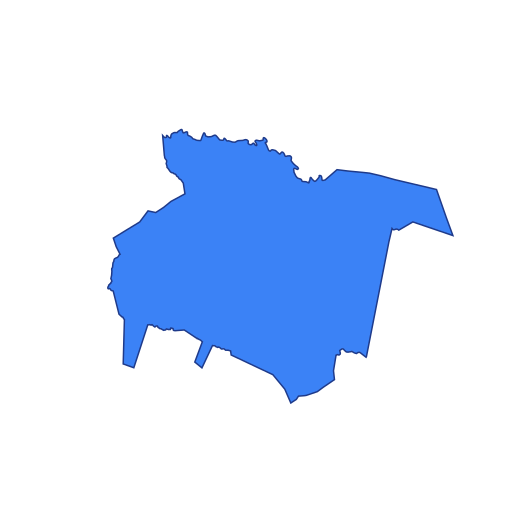 the district of Iliatenco, Guerrero, Mexico, rotated 311°
{"feature_id": "50627088B94686315759105", "entity_name": "Iliatenco", "entity_type": "district", "adm_level": 2, "iso_a3": "MEX", "parent_name": "Mexico", "parent_adm1": "Guerrero", "projection": "equal_earth", "projection_center": [-98.646, 17.051], "detail": "fine", "context": "isolated", "style": "filled", "palette": "blue", "viewbox_px": 512, "rotation_deg": 311, "n_neighbors": 0, "source": "geoboundaries", "source_scale": "gbopen_adm2", "svg_char_len": 6133}
<svg xmlns="http://www.w3.org/2000/svg" viewBox="0 0 512 512"><g transform="rotate(311 256 256)"><path d="M167.9,378.7L174.2,380.5L178.1,380.0L182.5,384.3L183.8,385.4L193.9,391.3L201.2,392.9L214.2,396.3L220.2,389.8L233.3,381.7L233.7,381.5L234.0,381.8L234.7,381.9L234.9,382.0L235.7,383.6L236.4,383.8L237.2,383.9L238.0,383.4L239.6,381.2L241.8,381.7L242.3,382.0L242.8,382.4L243.1,383.2L242.9,384.1L242.8,385.8L242.8,386.8L243.0,387.4L243.9,388.6L245.4,389.8L246.1,390.5L246.7,390.8L246.9,391.1L247.4,393.8L247.6,394.1L247.8,394.8L248.4,395.9L248.9,396.0L249.5,396.0L249.8,396.1L250.8,396.9L251.3,397.5L251.4,398.1L251.8,405.5L252.6,405.3L353.9,347.0L366.0,340.6L365.8,341.7L365.9,342.4L366.8,343.3L368.0,343.9L368.5,344.4L369.1,345.5L369.2,346.2L369.2,346.8L384.6,352.0L400.6,391.2L409.8,374.5L424.6,348.6L404.7,310.7L398.4,297.5L393.0,287.3L389.1,281.7L380.5,269.7L374.3,260.5L358.8,258.3L357.2,257.2L356.6,256.5L356.7,256.0L358.6,253.8L359.1,252.9L359.1,252.3L358.9,251.7L358.4,251.1L358.0,251.0L357.3,251.7L356.5,251.9L353.7,252.0L352.0,251.9L351.1,251.6L350.9,251.4L350.8,251.0L350.7,249.9L350.9,247.5L351.2,246.6L351.3,246.2L351.2,245.8L351.0,245.6L350.7,245.6L349.9,246.0L348.0,247.2L347.3,247.1L347.0,247.2L346.8,247.3L346.3,247.9L346.1,247.9L345.8,247.8L345.6,247.5L345.3,246.5L345.1,245.6L344.5,244.5L343.3,243.0L342.7,242.0L342.7,241.5L343.3,240.4L343.4,239.9L343.4,239.3L342.3,236.8L342.1,236.0L342.2,235.2L342.5,233.6L344.3,229.4L344.7,229.2L345.1,228.8L345.7,227.9L346.3,227.5L346.9,227.3L347.2,227.3L347.5,227.6L347.8,228.1L348.3,230.1L348.7,230.6L349.7,230.7L350.0,230.4L350.3,229.5L350.4,228.7L350.2,226.8L350.2,224.9L350.3,223.3L350.8,220.6L351.0,220.0L351.4,219.6L352.9,218.7L353.7,218.0L353.9,217.6L354.0,216.9L354.0,216.3L353.6,215.6L352.4,214.3L350.9,213.3L350.6,212.8L350.6,212.0L351.2,211.1L351.8,209.6L351.9,208.2L351.6,207.5L351.3,207.3L350.8,207.2L349.8,207.2L349.3,207.3L348.7,207.1L348.4,206.9L348.3,205.9L348.4,202.3L348.4,201.6L348.0,200.7L347.2,199.1L346.7,198.4L346.3,198.2L345.9,198.0L344.6,198.0L344.4,197.8L344.1,197.0L344.2,195.9L346.1,192.2L347.2,189.7L347.3,189.0L347.5,188.7L348.0,188.7L348.6,189.0L348.9,189.3L349.4,189.3L349.7,189.1L350.3,188.4L350.7,187.3L350.8,186.0L350.8,185.0L350.4,184.2L350.1,184.1L349.6,184.2L348.5,185.1L348.2,185.2L347.8,185.1L347.3,184.7L345.3,183.2L344.7,182.2L344.0,180.8L343.6,180.3L342.9,179.9L342.1,179.9L341.8,180.3L341.6,181.1L341.6,181.3L341.2,182.4L340.3,183.8L340.0,183.9L339.7,183.9L339.4,183.6L339.3,183.0L339.2,182.2L339.3,181.6L339.6,180.7L339.6,180.3L339.4,180.0L339.1,179.8L338.5,179.7L337.2,179.5L336.7,179.2L336.2,178.5L335.9,177.9L335.8,177.4L335.8,176.3L336.0,176.0L337.1,175.3L337.7,174.6L337.7,173.1L337.4,172.4L337.0,171.8L336.4,171.3L334.6,170.2L334.1,169.7L331.6,167.1L330.6,166.4L328.2,165.6L326.7,163.7L325.0,159.8L323.9,158.7L323.8,158.3L324.2,156.1L324.2,155.3L324.1,154.9L323.7,154.7L323.3,155.1L321.9,155.2L321.6,155.0L321.1,154.5L319.9,152.7L319.9,151.8L320.4,149.0L320.6,147.4L320.6,146.4L320.3,145.8L319.9,145.4L318.6,144.7L317.8,144.5L316.5,143.7L314.4,141.6L313.6,139.3L313.8,138.9L314.7,137.4L314.9,137.0L314.9,136.2L314.7,136.0L314.4,135.9L313.7,136.1L311.2,136.9L307.3,138.4L306.8,138.4L306.5,138.2L304.6,135.6L304.2,134.6L303.9,133.4L303.1,131.6L303.1,131.1L303.3,130.3L303.4,129.5L303.3,128.7L303.1,127.4L302.6,126.1L302.5,125.8L302.6,125.2L303.0,124.5L304.4,123.1L304.4,122.5L304.1,122.1L303.6,121.7L301.7,120.8L301.3,120.4L301.2,120.1L302.1,118.3L302.7,117.4L302.7,116.9L302.1,116.4L299.1,115.5L297.4,115.5L295.5,113.3L294.7,112.9L292.9,112.3L292.1,112.4L291.4,112.6L290.4,113.2L289.5,113.9L289.2,114.0L288.9,113.9L288.6,113.5L288.4,112.1L288.4,111.5L288.6,110.9L288.6,110.1L288.5,109.6L288.4,109.5L288.1,109.5L287.5,110.0L286.7,110.4L286.1,110.1L285.7,109.6L285.5,109.3L285.5,108.8L285.5,108.1L285.7,106.5L271.8,120.8L271.0,121.9L270.3,122.6L269.9,123.6L269.5,125.7L269.1,126.2L268.4,126.8L266.8,127.6L265.5,129.8L264.5,130.7L264.4,131.6L264.4,132.2L264.1,133.2L263.5,135.5L263.4,136.8L263.6,137.7L264.2,138.7L264.3,139.0L264.3,140.2L264.9,141.5L264.9,141.9L264.9,142.1L264.3,143.7L264.3,144.2L264.5,145.1L264.5,145.4L263.9,147.2L264.0,148.0L264.3,149.3L263.3,153.3L256.3,161.6L241.4,156.0L232.1,154.4L223.0,151.8L219.2,144.9L205.4,145.9L190.9,141.3L175.9,136.6L171.3,144.4L168.1,152.3L167.4,152.0L166.5,152.1L165.4,152.4L163.9,152.3L162.9,151.7L161.2,151.1L160.7,151.1L159.6,151.5L159.0,152.0L158.4,152.3L157.5,152.4L156.8,152.7L153.4,155.1L153.0,155.3L152.0,155.3L151.3,155.8L150.0,157.2L146.8,159.6L143.6,161.4L143.2,162.6L142.8,163.0L142.6,163.5L142.1,163.9L140.8,163.9L140.3,164.3L140.1,164.3L139.3,164.0L138.5,164.2L137.4,163.9L136.5,164.5L135.4,164.6L134.6,165.2L134.3,165.7L134.4,166.1L134.6,166.4L135.2,166.6L135.4,167.0L135.5,167.3L135.4,167.8L135.1,168.5L135.1,169.6L135.7,170.6L135.9,171.2L122.2,190.8L122.1,195.0L122.4,195.3L122.5,195.7L122.3,196.5L121.9,196.9L121.8,197.2L121.8,198.3L87.4,226.6L91.5,237.1L133.0,219.5L133.7,220.2L134.2,220.5L134.6,221.3L134.9,221.6L135.0,222.2L135.7,222.3L136.0,222.6L136.0,223.9L135.9,224.3L136.0,225.9L136.0,226.1L136.4,226.4L137.5,226.5L138.3,227.3L138.4,227.5L138.4,227.9L138.2,228.1L137.9,228.7L137.9,229.0L137.9,229.4L138.1,229.8L138.0,230.8L138.2,231.3L138.8,232.1L138.9,233.0L139.0,233.3L139.0,234.0L139.4,234.5L139.3,235.0L140.9,236.3L142.1,236.2L142.4,236.6L142.6,237.3L142.9,237.6L143.0,237.9L143.0,238.1L143.4,238.5L143.7,238.9L144.1,239.0L144.2,239.5L144.4,239.6L144.6,239.6L145.6,238.9L145.9,239.1L146.3,239.8L146.5,240.4L146.8,240.8L146.8,241.0L146.7,241.2L146.0,241.9L145.8,242.4L145.9,242.9L146.4,243.7L146.5,243.9L153.1,250.4L154.9,264.5L155.3,265.6L155.0,265.8L155.1,266.1L155.6,266.8L155.6,267.6L156.1,269.0L156.1,270.9L155.9,271.5L156.0,271.8L135.8,279.4L136.1,288.6L159.9,281.9L160.6,283.1L161.0,283.4L161.2,283.8L161.3,284.1L161.3,285.5L161.7,286.3L161.9,287.1L162.6,287.4L162.8,287.6L163.2,289.2L163.1,290.3L163.1,290.8L163.5,291.4L164.1,291.8L164.6,292.3L164.8,292.6L165.0,293.3L165.0,293.9L164.9,294.7L165.1,295.0L166.6,296.8L167.7,299.1L165.0,302.2L177.5,346.6L174.4,365.1L167.9,378.7Z" fill="#3b82f6" stroke="#1e3a8a" stroke-width="1.5"/></g></svg>